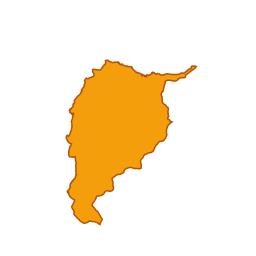 Villapinzón, Cundinamarca, Colombia (Albers equal-area conic projection), rotated 60°
{"feature_id": "7082276B98180996541689", "entity_name": "Villapinzón", "entity_type": "district", "adm_level": 2, "iso_a3": "COL", "parent_name": "Colombia", "parent_adm1": "Cundinamarca", "projection": "albers", "projection_center": [-73.591, 5.245], "detail": "fine", "context": "isolated", "style": "filled", "palette": "amber", "viewbox_px": 256, "rotation_deg": 60, "n_neighbors": 0, "source": "geoboundaries", "source_scale": "gbopen_adm2", "svg_char_len": 5700}
<svg xmlns="http://www.w3.org/2000/svg" viewBox="0 0 256 256"><g transform="rotate(60 128 128)"><path d="M197.6,200.5L196.7,199.7L195.3,197.7L194.6,196.4L194.2,196.0L193.7,195.8L192.2,196.1L185.8,196.0L184.9,196.1L183.4,196.9L182.8,197.0L180.4,197.1L177.8,197.8L176.8,197.6L176.1,196.9L175.6,196.3L174.7,194.0L172.8,190.7L171.6,189.8L171.4,189.3L172.5,186.7L173.1,184.2L173.1,182.8L172.5,181.0L171.7,179.7L171.5,179.0L171.6,178.1L172.1,177.2L173.5,175.8L174.0,174.8L174.3,172.7L174.1,171.9L172.9,170.6L171.6,170.1L169.8,169.7L168.2,168.5L166.9,167.9L164.2,167.4L163.8,166.8L163.5,165.9L163.0,161.3L163.2,160.1L164.2,157.8L164.4,155.1L164.3,154.1L164.2,153.6L163.3,153.0L162.9,152.4L162.2,151.0L162.3,149.4L163.0,146.2L164.2,144.6L166.8,142.2L166.9,141.6L168.0,139.9L169.0,138.6L169.5,137.0L167.7,135.5L162.6,133.6L161.7,132.1L161.1,129.9L159.8,128.2L159.5,126.4L159.8,124.6L159.7,123.0L160.8,120.2L160.8,118.4L160.5,117.4L159.9,116.9L158.9,115.3L158.0,114.4L157.8,113.6L157.2,112.8L156.8,111.8L156.9,111.1L156.2,110.1L155.7,108.6L155.4,108.1L155.4,107.2L156.5,105.5L156.7,104.4L156.7,103.1L156.4,102.8L155.7,100.9L155.0,99.8L153.9,98.6L153.3,97.7L150.7,96.8L150.0,96.2L148.3,95.1L146.7,93.3L145.6,91.5L145.3,90.5L144.7,86.8L143.9,87.5L143.4,88.2L142.8,88.0L141.4,88.1L140.8,88.8L139.9,89.0L139.4,88.5L138.7,88.3L138.6,87.4L138.2,86.9L136.4,86.6L135.0,85.6L134.2,85.7L132.1,83.7L131.6,83.5L131.1,83.6L130.3,83.1L128.9,83.9L128.2,84.0L127.2,83.9L125.6,84.8L123.2,85.4L122.6,85.4L122.1,85.0L121.5,84.9L120.9,84.3L119.0,83.6L117.8,82.8L116.9,83.0L116.4,82.9L114.9,82.0L114.0,81.0L114.2,80.8L114.0,80.1L113.3,79.2L113.5,79.1L109.6,75.6L107.5,73.2L106.3,72.5L106.2,72.0L106.4,70.2L106.8,69.0L107.9,67.5L110.4,64.7L111.0,63.5L111.3,61.5L110.6,58.8L110.6,58.2L111.2,56.4L112.1,55.1L112.8,53.6L112.6,52.9L110.9,51.4L110.9,50.0L110.1,44.4L109.8,40.7L109.5,39.4L108.8,38.1L107.0,40.3L106.4,41.8L106.5,42.5L107.5,43.2L107.9,43.9L107.9,44.4L107.5,45.2L107.8,46.5L107.6,47.5L108.3,48.5L108.0,49.4L108.5,51.2L108.2,52.5L107.0,54.4L107.1,56.2L106.9,57.2L106.2,58.3L105.9,59.5L105.6,59.9L105.3,60.1L105.0,61.0L104.2,61.9L104.2,62.2L103.5,63.4L100.5,67.1L100.2,68.0L100.2,68.9L100.0,69.0L99.9,69.5L100.1,70.2L99.3,71.0L99.4,71.7L98.7,72.9L96.6,74.1L96.2,74.7L95.7,74.9L95.5,75.4L95.4,76.6L95.2,77.0L93.9,77.7L93.4,77.5L93.0,78.1L92.1,78.6L92.1,79.0L92.5,79.2L92.3,79.5L92.6,79.5L92.6,80.0L92.9,80.1L93.0,81.5L92.8,81.8L93.0,82.0L93.0,82.5L92.7,83.9L92.5,84.0L92.7,84.3L92.1,84.7L92.1,84.9L91.8,85.0L91.7,84.9L91.6,85.0L91.9,85.3L91.8,85.6L91.9,85.8L91.5,85.9L91.5,86.1L91.7,86.4L91.7,86.6L92.0,86.6L91.7,86.8L92.0,86.8L92.0,87.0L91.6,87.4L91.9,87.4L91.8,87.5L91.6,87.5L91.6,87.8L91.1,87.8L90.0,88.3L89.7,88.8L89.4,88.8L89.5,89.0L89.2,88.8L89.1,89.6L88.9,89.5L88.7,89.7L88.3,89.8L88.0,89.5L87.9,89.6L88.0,89.7L87.9,89.8L87.2,89.9L87.1,90.2L86.9,90.2L86.4,90.5L85.5,91.4L85.5,91.7L85.1,92.4L84.4,92.3L84.2,92.7L83.8,93.1L83.4,93.0L83.2,93.3L82.3,93.6L81.9,93.5L81.2,93.9L78.0,94.6L77.7,94.6L77.6,94.1L77.4,94.1L77.3,94.3L76.9,94.3L76.2,94.9L75.9,95.9L75.0,96.8L75.0,97.1L74.4,97.7L73.9,97.7L73.8,98.5L73.3,99.1L72.3,99.6L71.8,100.3L71.1,101.0L70.6,101.0L70.1,100.8L69.9,100.9L70.0,101.3L69.8,101.4L69.8,101.7L69.5,101.8L69.5,102.2L69.1,102.6L69.1,102.8L68.7,102.9L69.1,103.1L68.5,103.4L68.1,103.4L67.4,103.7L67.0,103.5L66.7,103.6L66.6,103.2L66.3,103.2L66.2,103.5L66.0,103.4L65.9,103.5L66.0,104.3L65.6,104.4L65.2,105.3L64.5,106.2L63.6,108.9L62.0,109.9L61.4,110.5L60.3,111.3L59.2,111.6L58.8,112.1L58.7,113.1L58.4,113.9L59.7,114.2L60.7,115.3L61.2,115.5L61.5,116.1L61.5,117.5L62.6,119.6L62.8,120.5L63.6,121.7L63.9,123.1L63.5,123.9L60.5,127.7L59.6,129.3L61.2,130.3L62.0,130.6L63.5,130.4L65.5,131.0L65.9,131.9L65.8,134.3L65.2,136.2L65.3,137.1L65.5,137.5L65.2,138.1L64.0,139.3L64.7,141.1L65.2,142.0L66.3,142.0L67.9,142.8L68.1,143.5L68.5,144.1L70.4,145.7L70.7,146.6L70.7,146.9L71.3,148.0L71.4,148.8L72.0,149.4L72.8,149.2L73.1,149.3L73.4,150.7L74.2,151.5L74.8,152.7L75.4,156.0L77.3,160.7L77.7,160.9L78.0,161.2L78.8,161.2L79.3,161.4L79.5,161.9L79.9,162.3L79.9,162.6L79.6,163.0L80.2,163.9L80.6,164.1L81.2,164.1L81.6,164.6L82.3,165.8L82.5,166.6L82.4,167.2L83.0,167.6L83.0,168.0L82.6,168.3L82.6,168.5L83.5,169.9L83.6,169.7L83.9,169.6L85.0,170.2L85.5,170.6L86.5,170.1L87.1,169.5L88.1,169.7L88.4,168.8L87.8,168.4L87.8,168.1L88.1,167.9L89.0,168.1L89.4,169.4L92.1,171.5L93.0,172.5L93.8,173.6L94.5,174.0L95.9,174.3L99.0,176.0L101.4,178.0L102.9,180.1L104.2,181.2L105.5,183.4L105.4,183.7L104.2,183.9L103.9,184.4L104.6,185.6L105.9,186.5L109.5,186.8L110.5,186.7L111.6,186.4L112.5,185.8L113.4,184.8L113.8,185.1L114.6,186.2L115.1,187.8L115.8,188.2L117.7,190.2L119.2,191.4L120.8,192.3L122.3,192.9L123.5,193.1L123.8,192.8L126.0,189.9L126.4,188.1L129.4,189.5L131.4,190.1L132.0,190.1L134.5,192.1L135.3,192.4L136.6,193.2L138.4,194.0L139.1,194.8L140.2,194.9L141.6,196.0L141.9,196.1L142.8,195.9L143.0,196.6L143.5,197.5L144.8,198.6L144.9,199.2L145.2,199.6L145.2,200.5L145.6,200.7L145.9,201.3L145.8,202.2L146.3,202.3L146.2,202.9L146.9,204.2L147.0,205.1L147.2,205.3L147.5,205.3L147.8,206.1L149.0,206.8L149.4,207.4L150.3,207.4L151.0,208.0L151.1,209.1L151.9,209.7L152.1,210.2L152.1,211.5L152.4,212.2L153.1,212.4L153.2,211.8L153.7,211.7L154.0,212.2L154.4,211.8L154.6,211.8L155.0,212.3L156.8,212.6L159.5,212.3L161.4,211.6L162.7,210.6L163.9,210.4L165.4,212.0L167.0,214.4L167.6,215.7L168.2,216.2L170.5,216.6L171.4,216.2L172.4,216.5L174.4,216.8L175.5,217.9L175.9,217.8L176.8,217.9L178.6,217.3L180.2,217.1L182.4,216.3L183.5,216.2L185.6,215.5L188.3,213.9L188.9,213.1L189.0,212.3L189.4,211.1L189.6,209.9L189.1,208.6L190.0,206.9L191.2,205.7L192.2,204.0L194.1,202.4L194.7,201.9L196.3,201.3L197.6,200.5Z" fill="#f59e0b" stroke="#b45309" stroke-width="1.5"/></g></svg>